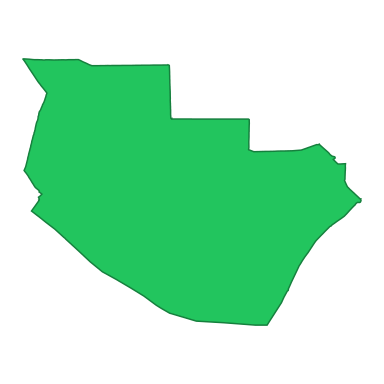 outline of Salcia, Mehedinti, Romania
{"feature_id": "2599482B75915062228014", "entity_name": "Salcia", "entity_type": "district", "adm_level": 2, "iso_a3": "ROU", "parent_name": "Romania", "parent_adm1": "Mehedinti", "projection": "equal_earth", "projection_center": [22.928, 44.139], "detail": "fine", "context": "isolated", "style": "filled", "palette": "green", "viewbox_px": 384, "rotation_deg": 0, "n_neighbors": 0, "source": "geoboundaries", "source_scale": "gbopen_adm2", "svg_char_len": 4972}
<svg xmlns="http://www.w3.org/2000/svg" viewBox="0 0 384 384"><path d="M360.3,198.9L360.2,198.9L359.8,198.6L357.7,196.6L354.7,193.8L353.7,192.8L353.2,192.4L351.9,191.2L351.7,191.0L350.5,189.9L350.0,189.5L348.9,188.3L348.2,187.6L347.4,186.8L347.1,186.2L345.7,183.2L344.7,180.9L344.5,180.2L344.9,179.6L345.0,178.5L345.0,177.0L345.2,171.7L345.2,171.1L345.3,170.7L345.4,168.3L345.4,167.5L345.3,166.0L345.5,163.7L340.4,164.0L338.0,164.0L336.6,162.8L333.2,159.4L333.3,159.3L333.7,159.1L334.9,158.4L335.1,157.9L335.1,157.6L335.0,157.2L334.6,156.8L333.9,156.6L332.6,156.3L331.9,156.0L331.0,155.3L330.2,154.7L329.8,154.3L329.1,153.3L327.9,152.1L323.8,148.5L319.8,144.9L319.2,144.1L318.9,144.4L318.5,144.6L318.1,144.8L317.1,144.6L316.8,144.6L316.7,144.6L311.9,146.3L310.3,146.9L308.5,147.5L306.9,148.1L301.2,150.1L292.1,150.8L288.0,150.9L284.3,151.0L282.0,151.0L277.7,151.1L275.8,151.2L273.9,151.3L269.0,151.4L266.5,151.4L262.4,151.5L258.8,151.6L254.0,151.7L253.8,151.7L249.4,150.0L248.6,149.7L248.6,149.4L248.8,148.1L248.9,147.4L248.8,141.9L249.0,136.9L249.0,134.3L249.0,132.9L249.0,132.2L249.1,131.5L249.1,129.0L249.2,124.9L249.3,123.7L249.2,119.8L249.2,119.6L249.0,119.4L248.6,119.3L248.5,119.2L248.4,119.1L247.0,119.1L243.2,119.1L240.9,119.1L237.9,119.1L234.3,119.1L233.1,119.1L231.5,119.1L230.9,119.1L227.7,119.1L224.6,119.1L222.4,119.1L216.2,119.1L213.6,119.1L211.5,119.1L208.6,119.1L202.8,119.1L201.6,119.1L199.6,119.1L197.8,119.1L192.8,119.1L191.0,119.0L182.9,119.0L181.3,119.0L176.8,119.0L172.5,119.0L172.2,119.1L171.8,119.1L171.8,118.4L171.5,118.5L171.2,118.5L171.0,118.4L170.8,118.2L170.7,115.6L170.6,114.7L170.6,109.8L170.5,108.7L170.5,106.8L170.4,105.0L170.4,103.1L170.3,102.6L170.3,102.1L170.3,101.7L170.2,100.3L170.3,98.5L170.2,95.4L170.2,93.4L170.1,92.7L170.2,92.4L170.0,88.2L170.0,86.7L169.9,85.8L169.9,84.9L169.8,82.8L169.8,79.9L169.7,79.0L169.7,77.8L169.7,76.2L169.6,74.1L169.6,72.1L169.5,69.5L169.3,65.5L169.2,65.4L169.0,65.2L168.4,65.0L168.0,64.8L167.9,65.0L164.1,65.0L160.7,65.1L157.4,65.1L156.2,65.1L152.9,65.1L149.9,65.2L147.5,65.2L142.0,65.2L140.1,65.3L135.9,65.3L131.6,65.4L129.4,65.4L126.2,65.4L122.9,65.4L120.0,65.5L116.8,65.5L111.8,65.5L110.2,65.6L107.9,65.5L104.5,65.6L102.2,65.6L97.1,65.7L95.0,65.7L91.8,65.7L91.5,65.6L91.3,65.6L91.2,65.4L90.3,65.1L90.0,65.0L89.6,64.9L87.0,63.6L85.9,63.1L83.8,62.2L82.5,61.6L80.8,60.7L78.9,59.8L78.4,59.6L77.8,59.6L77.1,59.6L75.7,59.6L74.3,59.7L70.5,59.7L68.4,59.7L65.8,59.9L63.1,59.8L58.6,59.9L54.1,60.0L53.8,60.0L48.6,59.8L46.9,59.8L45.9,59.8L44.4,60.0L43.4,60.0L41.6,59.8L40.6,59.8L38.1,59.7L35.1,59.7L34.7,59.7L34.3,59.7L34.1,59.7L33.8,59.6L32.9,59.6L32.3,59.5L31.2,59.4L30.1,59.3L29.4,59.2L24.3,58.9L23.4,58.9L23.0,59.1L24.5,61.1L27.6,65.8L29.0,68.1L31.8,72.3L33.2,74.4L34.4,76.2L36.3,79.1L37.9,81.5L39.0,83.0L39.8,83.9L41.3,86.0L43.0,88.0L44.1,89.4L46.8,92.9L46.9,93.1L46.9,93.3L46.2,95.0L45.8,96.8L45.2,98.4L44.9,99.6L43.9,102.3L42.4,105.1L42.3,105.8L41.9,106.7L41.7,107.0L40.4,110.3L39.6,111.3L39.3,111.8L39.2,112.3L38.9,113.3L38.7,115.1L38.1,116.8L38.1,117.4L38.1,117.9L38.0,118.5L37.8,119.5L37.3,121.0L36.7,122.2L36.1,124.4L35.9,125.5L35.5,127.1L35.4,127.7L35.3,128.2L35.2,128.8L35.2,129.2L35.1,129.7L34.8,130.5L34.7,131.0L34.6,131.6L34.1,132.8L34.0,133.5L34.0,133.9L33.8,134.6L33.4,135.3L32.9,137.3L32.3,139.8L31.8,141.2L31.7,142.4L31.5,143.0L31.4,143.6L30.8,145.6L30.8,146.0L30.4,147.9L30.1,148.6L29.9,149.7L28.8,153.7L28.6,154.6L28.4,155.8L28.0,157.0L27.8,157.9L27.8,158.4L27.6,158.8L27.6,159.5L27.4,160.0L25.7,166.7L24.1,170.5L25.3,172.1L26.1,173.1L28.0,175.7L29.1,177.7L30.6,179.9L32.1,182.5L33.1,184.0L33.4,184.5L34.8,186.8L35.8,187.9L38.9,190.4L39.2,190.9L39.1,192.0L39.7,192.3L41.9,194.1L41.4,194.7L40.4,195.7L39.9,196.2L38.5,197.2L38.5,197.5L39.3,199.0L39.3,199.5L38.7,200.0L39.0,200.5L34.9,206.3L31.5,211.0L37.8,215.9L38.4,216.3L39.3,217.0L45.9,222.3L54.8,229.1L64.0,237.5L65.2,238.4L65.5,238.9L78.8,251.1L90.3,261.9L102.4,271.8L116.4,279.5L117.8,280.3L118.7,280.9L130.3,287.7L143.8,296.0L156.5,305.4L161.2,308.3L162.2,308.9L169.7,313.2L196.3,321.1L223.5,322.7L255.2,325.1L267.1,325.1L269.1,321.9L276.3,310.7L281.5,302.6L282.3,300.8L283.9,297.3L285.8,293.8L287.1,291.4L287.4,291.0L287.9,290.7L288.3,290.2L288.4,289.7L288.3,289.1L289.7,286.0L291.6,281.7L293.8,277.1L297.0,270.4L299.2,265.7L299.7,265.0L300.8,263.3L302.2,260.9L304.7,257.1L306.7,254.4L308.0,252.7L309.7,250.1L312.4,246.0L314.5,242.8L316.1,240.6L318.6,238.0L321.0,235.5L323.3,233.2L324.8,231.6L326.5,229.9L328.9,227.5L329.7,226.6L331.2,225.9L332.1,224.8L332.4,224.6L334.2,223.4L337.2,221.2L341.3,218.4L344.3,216.2L347.1,213.3L349.6,210.5L352.3,207.6L354.0,205.9L354.3,205.6L355.0,205.0L355.8,203.8L355.9,203.6L356.2,203.3L356.6,203.0L356.9,202.8L357.3,202.6L357.6,202.4L357.9,202.4L358.4,202.4L358.7,202.5L359.0,202.5L359.4,202.5L360.1,202.3L360.3,202.1L360.5,201.9L360.8,201.2L360.9,200.9L361.0,200.5L361.0,200.1L360.9,199.8L360.8,199.6L360.5,199.3L360.2,199.0L360.3,198.9Z" fill="#22c55e" stroke="#15803d" stroke-width="1.5"/></svg>